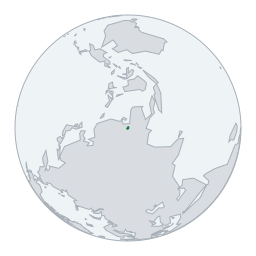 Tuyên Quang on an orthographic globe, rotated 214°
{"feature_id": "VNM-457", "entity_name": "Tuyên Quang", "entity_type": "Province", "adm_level": 1, "iso_a3": "VNM", "parent_name": "Vietnam", "parent_adm1": "", "projection": "orthographic", "projection_center": [105.255, 22.072], "detail": "fine", "context": "on_globe", "style": "filled", "palette": "green", "viewbox_px": 256, "rotation_deg": 214, "n_neighbors": 0, "source": "natural_earth", "source_scale": "10m", "svg_char_len": 10831}
<svg xmlns="http://www.w3.org/2000/svg" viewBox="0 0 256 256"><g transform="rotate(214 128 128)"><circle cx="128" cy="128" r="113" fill="#eef3f6" stroke="#a8b0b8"/><path d="M232.4,167.6L232.2,168.3L232.4,167.6ZM182.1,29.2L179.2,28.0L180.2,30.6L184.3,33.5L180.5,31.5L190.6,38.9L193.6,43.1L188.0,37.1L185.6,35.7L186.5,37.8L184.3,36.8L183.5,37.4L180.7,36.1L177.7,33.1L175.9,32.3L176.6,33.9L174.3,33.9L173.5,31.6L169.5,31.5L163.6,27.2L163.7,23.4L158.2,21.2L152.3,18.2L150.6,17.9L147.3,17.1L144.0,16.6L143.9,16.5L141.4,16.2L142.2,16.5L141.4,16.5L139.6,16.3L139.0,16.1L139.9,16.1L138.7,16.0L139.3,16.0L138.0,15.9L137.6,15.8L146.9,17.0L156.0,18.9L165.0,21.6L173.7,25.1L182.1,29.2ZM137.3,15.7L135.2,15.7L132.6,15.5L132.9,15.5L137.3,15.7ZM232.1,85.0L232.3,85.6L232.2,85.2L232.1,85.0ZM232.1,85.1L232.2,85.3L232.1,85.1ZM232.2,85.5L232.1,85.2L232.2,85.3L232.2,85.5ZM232.1,85.5L232.0,85.4L231.8,84.9L232.1,85.5ZM185.4,31.1L184.7,30.7L183.4,29.9L184.1,30.3L185.4,31.1ZM187.7,36.0L186.9,34.9L188.4,36.4L187.7,36.0ZM183.8,37.7L184.7,38.4L183.9,38.4L183.8,37.7ZM179.0,36.6L177.4,36.6L178.5,36.1L179.0,36.6ZM176.1,36.3L172.3,36.7L174.0,38.1L167.0,34.6L172.6,35.2L173.7,34.2L174.4,35.4L176.1,36.3ZM143.2,16.6L142.3,16.4L144.8,16.8L143.2,16.6ZM145.0,16.9L153.7,18.7L154.1,19.3L151.1,18.4L153.0,19.5L149.0,18.8L147.0,18.1L147.5,17.8L145.6,17.8L145.0,16.9ZM163.8,32.7L162.4,32.5L163.3,32.2L163.8,32.7ZM141.3,16.6L143.0,16.8L143.5,17.2L140.1,16.9L141.0,16.8L141.3,16.6ZM155.5,20.2L155.3,20.5L152.0,20.0L151.4,20.2L148.9,18.8L155.5,20.2ZM140.0,16.6L138.4,16.7L136.5,16.4L139.6,16.4L140.0,16.6ZM145.0,17.5L144.0,17.5L145.0,17.5ZM128.9,15.8L130.9,15.8L131.4,16.0L128.9,15.8ZM137.9,16.8L138.6,16.9L139.0,17.0L137.6,17.0L137.9,16.8ZM146.7,18.7L145.4,18.4L147.6,19.2L145.2,19.0L143.9,18.2L143.4,18.5L142.7,18.4L142.5,17.8L146.7,18.7ZM137.4,17.5L135.0,16.7L131.1,16.5L130.6,16.2L136.9,16.7L137.4,17.5ZM140.4,17.7L138.4,17.5L138.8,17.2L140.4,17.2L140.4,17.7ZM144.0,19.2L148.0,19.7L148.1,19.9L144.0,19.2ZM136.2,17.5L136.8,17.7L135.8,17.5L136.2,17.5ZM141.5,18.7L142.9,18.8L143.0,19.0L141.5,18.7ZM136.8,18.1L136.0,17.8L137.1,17.7L136.8,18.1ZM138.9,18.4L138.7,18.7L137.9,17.9L139.5,18.4L138.9,18.4ZM141.3,18.9L141.9,19.0L140.7,18.8L141.3,18.9ZM133.2,18.7L132.0,17.7L134.4,17.5L135.2,18.4L133.2,18.7ZM40.0,57.7L38.9,61.3L38.2,62.9L34.7,66.9L30.9,77.8L33.9,75.3L34.1,83.0L36.4,85.8L43.6,77.8L39.7,73.0L42.6,67.8L48.5,68.0L52.4,72.8L53.7,71.0L54.2,64.8L58.1,63.0L54.7,62.4L53.8,64.8L51.7,64.7L52.3,62.6L53.7,61.9L53.4,59.9L47.0,64.1L45.4,66.9L42.7,64.7L39.9,69.3L38.1,70.3L42.3,62.9L44.2,60.9L49.4,52.2L47.2,54.0L42.1,62.5L42.3,61.2L39.2,64.2L41.8,60.9L48.0,51.7L47.6,50.2L41.8,55.5L52.3,44.6L50.4,46.7L53.0,44.6L58.1,40.1L56.8,41.5L58.5,40.2L57.9,41.4L61.5,39.9L61.6,40.9L67.3,37.7L68.1,37.9L64.5,39.7L62.0,41.7L62.7,45.0L64.1,44.8L67.7,42.6L67.4,44.0L70.9,41.4L73.4,42.6L73.2,39.1L77.5,36.9L81.3,36.4L82.7,35.2L76.5,36.1L74.0,37.1L71.9,38.8L65.2,41.6L64.0,41.1L71.0,36.3L70.1,35.2L75.9,32.3L89.2,31.0L92.6,32.2L89.1,38.7L85.9,39.4L85.5,37.3L81.9,41.2L84.1,39.9L83.9,41.3L87.9,39.9L87.9,40.8L91.7,38.1L92.2,39.1L89.8,40.8L96.2,40.1L98.4,42.0L99.8,41.5L100.7,40.4L102.9,43.8L103.8,43.3L103.5,41.9L105.2,40.0L109.0,38.2L109.5,39.5L108.2,40.3L106.3,44.2L102.7,46.5L103.3,46.9L106.6,45.2L108.9,40.4L111.1,39.0L110.4,41.2L110.8,40.3L112.1,40.0L113.8,41.0L114.7,38.7L127.6,35.0L132.3,37.0L130.2,39.1L139.8,39.0L144.3,41.9L143.9,40.6L148.3,40.1L147.0,39.1L147.2,38.5L157.8,37.6L160.7,38.6L164.9,37.4L164.7,36.8L162.8,35.9L167.0,34.6L174.0,38.1L174.0,39.3L178.3,41.0L177.7,43.5L179.3,46.7L176.1,48.9L177.6,51.5L179.1,51.9L182.3,56.0L183.5,63.4L175.7,55.4L172.6,45.4L173.3,49.1L171.1,47.8L170.1,48.9L170.8,51.8L172.1,52.4L162.8,55.9L160.4,64.0L165.5,63.7L168.7,66.4L170.3,77.1L160.8,91.4L165.0,96.4L165.3,99.7L161.7,101.6L161.2,96.8L157.5,95.0L157.8,92.2L151.9,94.2L152.0,90.3L147.3,94.0L149.1,97.2L154.3,96.6L150.2,102.0L155.5,107.7L156.1,114.4L147.2,125.9L138.1,129.1L137.6,131.2L134.0,128.6L129.2,132.6L135.8,144.8L135.6,148.2L127.8,154.2L127.7,151.7L118.2,144.8L116.3,152.8L123.5,160.0L126.0,168.0L120.4,165.2L117.9,158.1L114.6,155.5L115.5,148.5L112.8,137.7L107.2,139.1L107.7,134.8L103.2,125.5L95.1,127.1L82.3,136.3L80.5,146.8L76.1,150.6L71.1,133.9L71.4,123.2L68.0,123.3L64.1,112.9L52.8,108.2L52.6,105.2L50.2,105.5L47.7,101.3L48.1,96.5L45.9,95.7L45.3,108.5L47.8,109.5L52.0,106.5L51.2,110.8L53.7,115.8L45.6,123.1L31.2,124.7L32.2,116.5L34.2,91.3L35.6,89.3L35.7,89.0L35.9,88.5L33.5,91.6L34.7,86.9L30.9,103.4L29.2,109.9L30.9,125.1L30.1,125.9L31.5,129.5L38.7,130.5L38.2,133.1L33.2,143.0L25.4,153.6L27.9,165.2L29.8,174.0L28.1,176.6L31.5,184.0L31.1,184.7L33.3,188.5L34.8,191.2L34.9,191.4L30.7,184.7L26.9,177.7L23.6,170.4L20.9,162.9L18.7,155.3L17.1,147.5L16.0,139.6L15.4,131.7L15.4,123.7L16.0,115.8L17.2,107.9L18.9,100.1L21.1,92.5L23.9,85.0L27.2,77.8L31.0,70.8L35.2,64.1L40.0,57.7ZM53.9,83.1L57.9,86.0L60.6,79.2L62.3,79.9L62.6,77.5L60.7,78.8L62.0,72.5L65.3,72.1L67.1,69.6L65.9,68.5L59.6,70.4L57.7,79.1L54.9,80.8L53.9,83.1ZM68.6,33.0L67.0,34.2L65.1,35.3L65.0,34.8L67.8,33.2L68.6,33.0ZM65.1,35.8L72.0,31.6L72.3,32.0L71.0,32.4L70.5,33.1L68.2,34.0L61.7,38.9L59.6,40.2L60.6,38.1L61.5,37.9L63.0,36.6L65.1,35.8ZM89.2,22.8L92.2,21.8L88.9,23.9L86.5,24.7L86.3,24.0L89.0,22.8L89.2,22.8ZM129.4,15.4L128.8,15.4L128.6,15.4L129.4,15.4ZM126.8,15.4L130.8,15.5L137.1,15.9L137.2,16.1L135.5,16.2L134.0,16.2L134.5,16.0L132.2,16.0L131.6,15.7L129.8,15.8L122.6,15.5L123.8,15.5L120.2,15.6L126.8,15.4ZM111.7,16.5L112.5,16.4L112.4,16.7L114.5,16.3L115.1,16.4L113.1,16.6L116.5,16.3L116.5,16.5L120.2,16.8L125.1,16.6L126.5,16.8L124.6,17.0L127.4,17.1L124.7,17.7L125.7,17.9L124.1,18.9L119.8,19.4L121.2,19.7L120.0,20.6L116.5,21.3L117.6,20.4L112.9,21.9L112.3,21.0L111.8,21.2L110.0,20.9L106.9,21.0L107.2,20.6L105.9,20.8L104.6,20.7L102.9,21.0L102.8,20.4L100.7,20.7L101.8,20.3L98.2,21.1L100.8,20.2L99.5,20.3L97.7,21.1L101.2,18.6L100.9,18.7L111.7,16.5ZM132.6,18.9L127.6,19.4L124.8,19.2L128.8,17.6L128.3,17.3L130.7,16.6L134.7,16.9L133.6,17.1L133.5,17.3L132.3,17.1L133.2,17.5L131.7,17.7L132.0,18.1L130.3,18.1L132.6,18.9ZM39.5,62.0L39.3,62.8L39.5,63.6L37.6,65.6L39.5,62.0ZM43.6,55.6L43.7,55.9L41.1,58.9L41.3,58.2L43.6,55.6ZM46.1,53.6L43.9,55.7L45.2,54.1L46.1,53.6ZM64.8,39.9L65.3,40.2L64.4,40.8L63.2,41.4L64.8,39.9ZM102.3,26.7L103.4,25.9L104.1,25.9L107.8,24.7L108.5,25.4L106.6,26.4L102.3,26.7ZM41.6,78.5L39.7,79.4L39.9,78.1L40.5,78.0L41.6,78.5ZM37.5,72.1L37.4,74.7L37.0,72.7L37.5,72.1ZM103.7,27.3L105.2,26.6L104.6,27.4L103.7,27.3ZM109.3,25.9L109.0,26.7L109.1,25.4L109.3,25.9ZM83.9,228.9L86.2,230.1L84.7,229.7L83.9,228.9ZM39.2,179.0L41.2,192.3L38.5,190.6L35.8,185.6L33.6,177.0L36.0,176.3L36.6,172.9L39.2,179.0ZM154.3,185.9L157.7,186.2L157.5,186.7L154.3,185.9ZM150.8,184.3L154.7,184.4L150.2,185.4L150.8,184.3ZM156.2,184.5L160.1,183.4L161.8,182.6L161.5,183.6L156.2,184.5ZM148.2,184.4L133.9,184.0L128.2,182.5L129.6,180.8L138.7,181.6L148.2,184.4ZM129.1,180.7L120.4,175.3L108.6,159.5L112.8,160.2L125.2,170.1L124.4,171.6L129.7,175.8L129.1,180.7ZM150.1,172.2L149.2,176.8L141.3,176.3L137.7,175.5L135.3,169.5L136.7,166.5L139.6,166.7L151.0,156.5L155.0,159.1L151.5,163.4L154.8,167.5L150.1,172.2ZM80.9,148.0L83.2,154.7L80.8,155.3L80.9,148.0ZM155.6,149.2L151.0,153.8L155.2,147.6L155.6,149.2ZM158.1,143.3L158.4,145.7L156.5,143.4L158.1,143.3ZM137.5,134.5L134.3,134.9L134.2,133.2L138.2,131.7L137.5,134.5ZM156.5,120.1L156.5,125.1L155.9,126.8L154.5,123.8L156.5,120.1ZM111.8,34.6L105.8,35.3L101.9,36.8L100.5,38.9L99.9,36.4L105.9,34.2L111.8,34.6ZM125.6,34.7L126.8,33.2L128.0,33.9L127.9,34.4L125.6,34.7ZM125.1,33.8L123.4,32.0L125.2,31.2L126.2,32.8L125.1,33.8ZM113.3,29.0L111.5,29.1L112.0,28.4L113.3,29.0ZM199.2,215.3L196.4,217.4L206.2,209.0L206.4,208.9L199.2,215.3ZM181.3,223.1L182.3,220.8L186.1,219.7L183.6,222.2L181.3,223.1ZM207.7,207.6L208.9,206.3L211.8,203.2L214.0,200.3L212.3,202.6L212.9,202.0L207.7,207.6ZM170.2,215.0L148.4,221.8L143.8,221.2L145.4,218.8L142.2,211.6L143.8,211.7L143.4,206.6L156.5,201.5L166.1,192.1L172.9,192.2L178.4,185.1L185.2,184.9L182.8,190.3L189.5,192.8L195.0,180.4L198.1,192.1L202.2,195.2L202.2,202.0L191.0,215.3L185.5,218.5L184.9,217.8L182.5,219.3L179.4,219.5L178.6,216.3L176.2,217.7L178.9,214.7L175.2,217.6L174.0,215.4L170.2,215.0ZM218.5,184.5L219.2,184.5L220.0,185.9L218.8,186.1L218.5,184.5ZM230.5,171.4L230.5,172.1L229.9,172.9L230.5,171.4ZM232.2,168.4L231.4,169.5L232.4,167.6L232.2,168.4ZM223.6,175.7L223.9,176.3L223.5,176.7L223.6,175.7ZM223.3,175.6L224.0,174.2L223.7,175.4L223.3,175.6ZM220.2,170.6L220.7,169.7L220.9,170.2L220.2,170.6ZM162.6,186.1L167.4,182.5L169.9,182.0L162.6,186.1ZM219.6,169.5L218.3,169.8L218.5,169.1L219.6,169.5ZM219.7,167.8L219.7,166.9L220.3,168.9L219.7,167.8ZM217.3,166.5L218.9,167.7L217.2,166.8L217.3,166.5ZM216.4,167.0L215.2,166.6L215.3,166.3L216.4,167.0ZM202.4,171.6L206.9,176.4L203.1,177.0L199.0,174.2L195.5,178.1L187.6,178.6L189.5,176.3L188.5,173.3L180.3,172.9L178.6,170.9L181.6,169.2L176.1,168.0L182.1,166.5L184.6,170.6L188.0,166.9L193.7,167.1L199.2,167.7L203.5,170.1L202.4,171.6ZM182.1,176.0L183.1,175.9L182.1,177.3L182.1,176.0ZM213.0,164.9L214.7,166.5L214.5,167.1L213.6,167.0L213.0,164.9ZM204.5,169.2L209.2,164.8L210.3,164.6L207.1,169.2L204.5,169.2ZM208.1,162.7L210.2,162.7L211.3,164.5L210.9,165.1L208.1,162.7ZM169.7,173.0L169.4,174.2L167.8,173.3L169.7,173.0ZM171.7,172.1L176.5,173.1L171.3,173.2L171.7,172.1ZM157.0,168.5L158.4,171.3L163.0,169.4L159.5,172.1L162.5,176.7L161.5,178.4L158.5,173.5L157.4,178.7L155.3,178.7L154.3,174.2L156.3,168.7L158.3,166.4L166.5,165.2L157.0,168.5ZM171.7,168.6L170.5,165.4L171.4,163.1L172.8,164.8L171.7,168.6ZM166.6,157.4L163.1,153.6L160.0,155.2L166.3,149.5L168.6,154.1L166.6,157.4ZM163.6,148.8L160.7,150.3L163.6,147.0L163.6,148.8ZM159.9,148.9L159.5,146.2L161.9,146.5L159.9,148.9ZM165.1,148.9L165.6,144.2L166.8,146.9L165.1,148.9ZM158.4,140.0L163.5,144.4L157.0,142.6L156.5,133.6L159.2,133.3L158.4,140.0ZM172.1,103.1L171.3,100.6L173.7,99.9L173.6,101.8L172.1,103.1ZM180.8,96.3L174.1,99.0L168.6,101.5L170.4,102.6L169.4,106.9L166.5,103.0L170.2,98.1L174.4,97.0L174.8,93.5L177.7,90.9L176.6,86.6L177.8,84.7L180.1,88.4L180.8,96.3ZM176.0,84.8L175.2,77.2L179.8,78.1L181.0,80.0L179.5,83.0L177.1,82.3L176.0,84.8ZM176.3,75.8L174.0,75.1L168.0,64.7L167.9,62.8L174.9,70.7L173.1,70.6L173.8,73.2L176.3,75.8ZM163.0,33.1L162.5,32.5L163.7,33.1L163.0,33.1ZM146.3,38.0L146.8,37.2L148.2,37.7L146.3,38.0ZM148.8,35.3L146.9,35.3L148.7,34.8L148.8,35.3ZM142.6,35.4L146.0,35.0L143.1,36.2L142.6,35.4Z" fill="#d9dde1" stroke="#a8b0b8" stroke-width="1"/><path d="M127.7,128.7L127.6,128.3L127.5,128.2L127.4,128.0L127.3,127.8L127.3,127.7L127.5,127.4L127.6,127.5L127.6,127.4L127.7,127.2L127.8,127.1L127.8,126.9L128.0,126.9L128.2,127.0L128.3,127.0L128.6,127.0L128.6,127.3L128.5,127.5L128.4,127.6L128.4,127.8L128.4,128.0L128.5,128.0L128.5,128.3L128.5,128.8L128.5,129.0L128.4,129.1L128.1,129.1L128.0,128.9L127.9,128.8L127.7,128.7Z" fill="#22c55e" stroke="#15803d" stroke-width="1.5"/></g></svg>